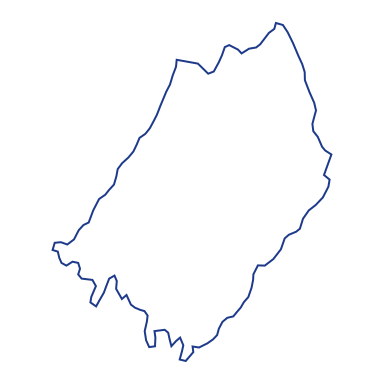 outline of Sabáudia, Paraná, Brazil
{"feature_id": "56859067B64057014053019", "entity_name": "Sabáudia", "entity_type": "district", "adm_level": 2, "iso_a3": "BRA", "parent_name": "Brazil", "parent_adm1": "Paraná", "projection": "equal_earth", "projection_center": [-51.597, -23.348], "detail": "fine", "context": "isolated", "style": "outline", "palette": "blue", "viewbox_px": 384, "rotation_deg": 0, "n_neighbors": 0, "source": "geoboundaries", "source_scale": "gbopen_adm2", "svg_char_len": 1754}
<svg xmlns="http://www.w3.org/2000/svg" viewBox="0 0 384 384"><path d="M199.0,347.5L207.3,343.4L213.0,339.4L217.1,335.1L218.9,328.6L222.5,321.8L227.3,317.8L233.3,316.4L237.0,311.9L240.7,307.6L243.9,302.1L248.3,297.1L251.5,287.9L253.1,279.9L253.4,274.3L257.9,265.4L264.8,265.6L273.3,259.1L280.9,249.3L284.7,238.4L288.8,234.8L296.2,231.7L299.9,228.7L303.0,218.7L308.8,210.4L315.8,204.9L322.9,197.4L328.4,186.7L329.6,179.6L324.0,175.0L331.4,154.5L325.2,150.5L322.1,146.8L317.8,136.9L313.3,131.2L312.4,124.0L314.4,116.3L316.0,110.5L314.2,102.8L309.5,92.2L304.9,80.2L304.7,72.1L302.2,64.1L298.5,56.1L293.0,43.1L287.7,32.3L282.9,25.0L275.9,23.0L274.3,28.9L268.9,32.9L260.2,44.3L256.1,47.5L249.0,48.7L241.6,53.4L238.0,49.6L229.2,45.1L224.8,47.1L222.0,55.2L218.8,62.3L213.8,71.5L208.2,73.7L197.9,63.6L176.7,59.8L176.0,66.8L172.7,75.5L170.0,84.5L166.3,91.6L160.3,106.0L156.9,114.8L153.4,121.6L149.8,128.3L145.4,133.8L139.5,137.9L136.8,144.4L133.4,151.5L128.3,157.6L122.1,163.2L117.7,169.1L116.4,176.2L114.0,184.5L109.0,190.0L105.3,194.7L99.1,199.0L93.3,210.2L88.7,222.5L83.5,225.0L78.8,230.1L74.0,239.4L67.3,244.5L60.9,242.2L54.7,242.8L52.6,250.0L57.8,251.6L59.3,257.9L61.5,262.9L66.4,265.6L72.5,261.7L78.2,262.9L80.0,268.7L78.2,274.4L81.6,278.6L92.4,279.9L95.9,286.1L91.3,296.9L90.4,302.4L96.1,306.4L98.8,301.5L103.9,292.6L106.2,286.3L109.2,278.6L114.5,275.6L116.8,281.1L116.1,288.8L121.9,299.0L126.5,295.0L130.9,304.6L135.0,307.7L140.3,309.9L144.5,311.1L147.6,315.6L146.9,321.5L144.7,331.1L146.1,340.3L149.2,347.1L155.0,346.3L155.4,337.6L154.5,331.1L164.7,329.8L168.2,332.7L169.5,338.8L171.4,346.2L176.2,340.9L180.1,337.6L183.3,345.3L182.0,351.2L179.7,359.5L185.7,361.0L193.3,352.1L192.6,346.5L199.0,347.5Z" fill="none" stroke="#1e3a8a" stroke-width="2"/></svg>